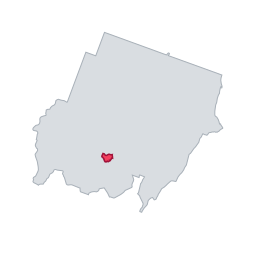 location of Abu Zabad, North Kordufan, Sudan, rotated 20°
{"feature_id": "16777658B30413539722349", "entity_name": "Abu Zabad", "entity_type": "district", "adm_level": 2, "iso_a3": "SDN", "parent_name": "Sudan", "parent_adm1": "North Kordufan", "projection": "natural_earth1", "projection_center": [29.458, 12.635], "detail": "fine", "context": "in_parent", "style": "filled", "palette": "rose", "viewbox_px": 256, "rotation_deg": 20, "n_neighbors": 0, "source": "geoboundaries", "source_scale": "gbopen_adm2", "svg_char_len": 4666}
<svg xmlns="http://www.w3.org/2000/svg" viewBox="0 0 256 256"><g transform="rotate(20 128 128)"><path d="M169.7,202.5L167.7,202.5L167.5,202.0L167.5,200.5L167.7,199.3L168.5,197.5L168.3,196.6L168.4,195.1L167.9,193.6L163.1,189.0L162.1,187.7L159.5,186.5L160.0,185.2L158.9,175.8L159.4,174.7L159.5,173.1L159.5,171.6L160.1,169.2L160.2,168.2L155.1,168.1L155.0,169.2L155.3,170.3L155.3,170.8L148.2,170.8L151.0,174.5L151.2,176.1L151.0,178.2L151.0,179.4L151.2,180.3L152.0,181.9L151.9,182.3L151.8,182.6L146.7,187.6L145.9,189.9L145.2,191.0L143.8,193.1L139.2,198.3L138.4,198.7L134.9,198.8L134.6,199.0L134.3,199.2L134.2,199.2L131.1,196.1L126.1,192.4L122.8,194.3L121.8,195.0L121.8,196.8L121.3,197.7L120.4,198.7L118.0,199.3L116.7,199.9L115.2,200.9L113.7,202.5L113.5,203.4L113.7,204.2L105.2,204.2L104.6,203.5L103.4,200.8L102.5,200.9L94.8,200.6L93.6,200.9L91.4,202.0L90.3,202.2L89.2,201.7L85.1,196.2L84.2,195.6L83.3,194.3L82.4,193.7L82.1,193.3L82.0,192.7L82.1,191.5L81.8,190.8L81.1,190.6L75.6,191.8L74.9,191.7L73.7,191.9L73.3,192.2L72.8,192.9L72.8,194.4L72.6,195.1L72.2,196.0L70.6,197.8L70.3,198.6L70.3,200.7L70.2,201.7L70.0,202.2L69.3,203.0L69.1,203.4L68.8,206.0L67.9,207.6L67.7,208.2L67.7,209.3L67.5,209.7L65.0,210.6L64.1,211.2L63.5,212.0L63.4,212.4L62.3,212.1L61.0,211.9L58.4,211.6L57.4,211.2L56.9,210.6L57.0,209.0L56.8,208.6L56.4,208.3L56.1,207.7L56.1,206.8L57.5,205.0L57.8,204.0L58.2,199.4L58.1,198.0L57.0,195.4L54.5,191.0L53.9,190.1L50.9,186.5L50.5,185.9L49.7,184.4L50.6,181.0L50.7,180.0L50.4,179.1L49.7,178.3L49.0,178.3L48.1,177.4L47.5,176.9L46.9,176.1L46.6,175.0L46.9,171.0L46.7,170.5L45.9,170.4L45.7,170.1L45.7,169.3L45.3,167.0L44.9,165.1L45.1,164.1L44.5,162.7L43.2,162.1L40.7,162.5L39.9,162.5L39.4,162.2L39.0,161.7L38.9,161.1L39.0,160.1L39.8,158.4L40.6,157.0L42.4,155.8L42.9,155.1L43.2,154.3L43.3,153.5L43.1,152.6L43.0,151.7L42.4,150.6L42.0,149.3L42.0,148.5L42.2,147.9L42.7,147.1L44.5,145.6L46.3,144.4L46.6,144.0L46.5,143.5L45.7,142.4L45.4,140.5L45.0,139.1L45.9,138.1L46.6,137.7L47.6,137.4L48.1,137.0L48.2,136.2L48.2,135.4L48.5,134.8L49.1,133.5L49.5,133.0L50.9,131.5L51.2,130.5L51.3,129.6L50.9,126.9L51.7,125.7L52.8,124.8L54.2,124.8L56.5,124.6L58.1,124.2L59.2,124.2L61.7,124.7L62.0,124.5L62.1,123.8L62.5,71.2L72.9,71.2L73.0,71.1L73.2,46.2L138.7,46.2L139.2,46.1L140.2,43.7L140.7,43.6L141.3,43.7L141.6,44.3L141.0,46.2L198.1,46.1L198.3,49.0L198.8,51.3L200.5,54.5L201.9,56.3L202.4,57.3L202.4,57.7L202.4,58.1L201.9,57.6L201.2,57.3L201.1,58.8L201.5,62.0L202.1,64.1L201.7,66.2L201.8,69.6L202.6,73.7L202.5,76.3L203.8,82.4L205.0,85.8L205.6,86.7L206.3,87.1L207.7,87.4L209.8,89.1L211.4,91.0L212.0,91.9L212.8,93.0L213.3,92.8L213.6,92.5L214.2,93.4L216.8,95.2L217.1,96.0L216.2,96.9L215.2,98.3L214.7,99.6L214.4,100.0L213.6,100.9L213.4,101.3L213.1,101.5L212.7,101.5L211.8,102.0L211.0,101.9L210.2,102.1L209.9,102.4L209.3,102.7L208.5,102.9L207.1,104.0L206.0,104.5L205.6,105.0L205.0,107.2L204.6,107.8L202.9,107.9L202.0,108.1L200.9,107.8L200.3,107.8L200.2,108.3L200.0,110.2L200.0,111.1L199.1,113.3L199.4,117.3L198.5,120.4L198.4,121.1L197.5,123.6L197.0,124.5L195.8,129.0L195.4,130.4L194.4,131.9L195.5,142.8L194.7,146.1L194.7,148.0L194.1,150.6L193.7,151.9L192.9,153.4L192.3,155.1L191.7,157.3L191.4,161.5L191.2,161.9L188.1,162.4L187.2,162.7L186.5,163.1L185.8,164.2L184.2,167.2L183.4,169.0L182.1,171.4L180.6,173.2L180.3,174.0L180.1,175.6L179.6,178.1L179.1,179.9L179.2,181.3L178.7,183.8L178.8,185.0L178.3,185.7L177.6,186.4L177.1,186.5L174.9,184.9L173.4,186.0L172.5,187.6L171.8,189.2L172.2,192.7L172.2,193.4L172.0,194.3L170.6,197.6L170.2,199.2L169.7,201.9L169.7,202.5Z" fill="#d9dde1" stroke="#a8b0b8" stroke-width="1"/><path d="M123.8,161.6L123.7,161.4L123.6,161.1L123.3,160.5L123.2,160.3L123.1,160.0L123.0,159.8L122.9,159.6L122.7,159.3L122.6,159.2L122.2,158.5L122.2,158.4L121.1,159.0L119.1,159.1L118.1,160.0L117.3,161.1L116.0,161.4L115.0,160.7L114.5,160.4L113.2,160.5L113.2,161.4L113.0,162.6L113.2,163.8L113.5,164.1L113.8,164.1L114.0,164.1L114.4,164.3L114.8,164.6L115.4,164.9L115.6,165.0L115.7,165.4L115.8,165.5L116.0,165.5L116.3,165.6L116.4,165.8L116.5,166.1L116.7,166.3L116.9,166.7L117.1,166.9L117.3,167.1L117.6,167.1L117.8,167.4L118.1,167.6L118.4,167.5L118.6,167.4L118.9,167.4L118.9,167.2L119.0,167.1L119.2,166.9L119.4,166.8L119.5,166.8L119.6,166.7L119.8,166.5L120.0,166.2L120.5,166.2L120.6,166.3L120.7,166.5L120.8,166.5L121.0,166.4L121.2,166.2L121.3,166.0L121.6,165.6L121.8,165.4L122.0,165.3L122.1,165.2L122.2,164.9L122.3,164.8L122.2,164.7L122.3,164.7L122.5,164.3L122.5,164.1L122.6,163.8L122.7,163.5L122.8,163.1L123.0,162.7L123.0,162.4L122.9,162.3L122.9,162.2L123.0,162.0L123.0,161.9L123.3,161.7L123.7,161.6L123.8,161.6L123.8,161.6Z" fill="#f43f5e" stroke="#9f1239" stroke-width="1.5"/></g></svg>